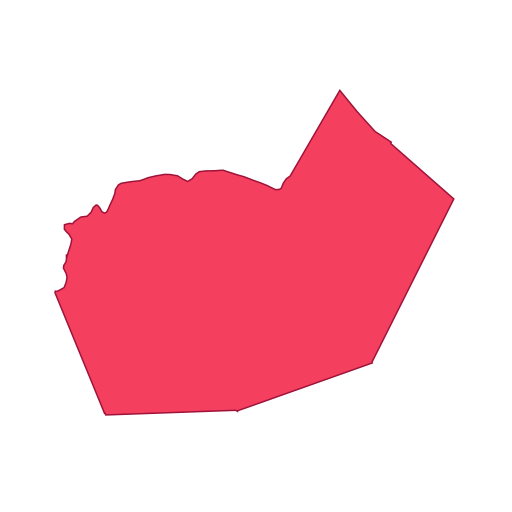 Trou Cochon/Marc, Castries, Saint Lucia, rotated 261°
{"feature_id": "8701671B11660104738059", "entity_name": "Trou Cochon/Marc", "entity_type": "district", "adm_level": 2, "iso_a3": "LCA", "parent_name": "Saint Lucia", "parent_adm1": "Castries", "projection": "albers", "projection_center": [-60.959, 13.942], "detail": "fine", "context": "isolated", "style": "filled", "palette": "rose", "viewbox_px": 512, "rotation_deg": 261, "n_neighbors": 0, "source": "geoboundaries", "source_scale": "gbopen_adm2", "svg_char_len": 1301}
<svg xmlns="http://www.w3.org/2000/svg" viewBox="0 0 512 512"><g transform="rotate(261 256 256)"><path d="M406.5,364.7L329.7,302.3L327.5,298.0L323.6,294.3L319.0,291.6L318.1,289.5L318.5,285.6L324.0,277.8L327.3,272.3L331.5,264.6L336.1,256.7L339.2,250.0L343.2,242.1L345.9,236.8L346.7,228.4L347.9,219.4L348.2,213.2L346.3,209.3L342.4,205.2L340.3,200.2L343.4,195.8L347.5,191.0L350.0,183.6L350.9,178.4L350.8,169.6L350.2,161.5L349.4,158.0L348.5,152.8L348.9,146.2L349.0,141.4L348.9,134.3L347.8,131.3L343.6,127.5L339.9,126.4L334.1,123.1L328.9,119.5L325.9,117.7L322.7,115.3L322.0,113.1L323.9,110.6L327.8,109.3L330.8,107.5L331.4,106.1L329.4,102.9L325.1,100.1L321.7,95.5L321.9,89.1L318.5,82.0L316.5,79.9L317.4,77.1L316.9,71.7L312.4,70.9L309.5,72.6L306.9,74.6L301.5,76.7L296.6,75.0L290.9,72.1L287.3,70.3L285.4,69.4L287.2,69.0L282.7,68.3L280.1,67.5L279.7,67.2L276.8,64.7L274.2,63.9L270.7,65.0L268.5,65.8L264.3,66.0L259.7,64.4L254.8,61.5L253.3,57.4L252.5,55.2L252.3,53.2L252.7,52.3L252.2,52.1L251.3,51.7L124.3,81.8L124.5,82.3L122.5,82.8L112.3,166.6L106.8,211.7L105.5,213.4L106.0,213.5L132.2,354.1L133.1,354.0L281.4,460.3L345.9,406.7L346.5,407.0L347.3,407.4L360.2,393.2L371.5,385.8L376.0,382.9L377.0,382.2L383.1,378.3L391.3,373.5L403.5,366.4L406.5,364.7Z" fill="#f43f5e" stroke="#9f1239" stroke-width="1.5"/></g></svg>